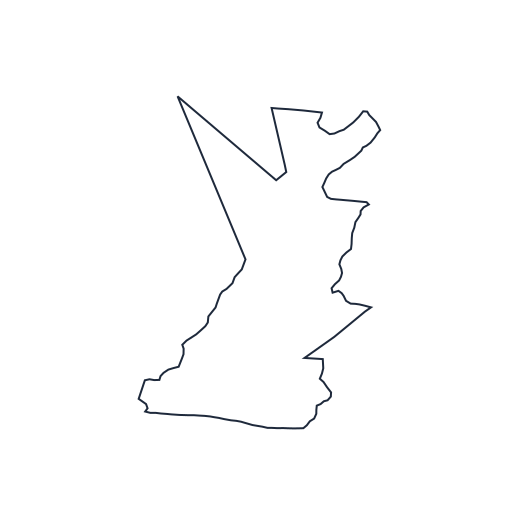 Jequiá da Praia, Alagoas, Brazil (Natural Earth projection), rotated 68°
{"feature_id": "56859067B64881112821563", "entity_name": "Jequiá da Praia", "entity_type": "district", "adm_level": 2, "iso_a3": "BRA", "parent_name": "Brazil", "parent_adm1": "Alagoas", "projection": "natural_earth1", "projection_center": [-36.086, -9.926], "detail": "fine", "context": "isolated", "style": "outline", "palette": "slate", "viewbox_px": 512, "rotation_deg": 68, "n_neighbors": 0, "source": "geoboundaries", "source_scale": "gbopen_adm2", "svg_char_len": 2196}
<svg xmlns="http://www.w3.org/2000/svg" viewBox="0 0 512 512"><g transform="rotate(68 256 256)"><path d="M78.6,268.9L255.2,267.0L258.6,270.1L263.1,274.2L265.2,278.7L267.6,283.7L272.4,288.0L275.5,295.7L276.3,300.6L278.3,303.7L285.5,310.2L288.6,312.8L294.2,322.8L299.6,325.6L302.1,329.3L304.3,335.2L306.3,340.9L308.4,352.1L310.7,357.6L314.8,357.8L319.9,360.0L323.1,362.9L329.7,369.2L329.0,374.5L328.5,379.8L329.7,385.5L331.6,389.5L334.7,392.0L332.9,396.9L330.4,400.9L329.6,405.6L344.5,418.3L352.1,413.4L356.6,413.6L358.7,417.0L361.8,412.8L364.0,407.5L366.4,403.2L369.1,397.7L371.1,393.9L372.7,390.6L374.7,386.5L376.4,382.6L378.3,378.3L380.4,373.1L382.7,368.4L385.1,363.3L387.6,358.6L389.7,355.3L392.2,351.1L395.3,346.6L399.0,340.7L401.4,336.1L404.0,332.0L406.3,329.1L408.8,325.9L411.4,322.6L413.3,319.5L416.6,314.1L419.6,309.8L421.2,305.9L423.7,300.5L425.7,295.3L427.7,290.9L429.9,285.8L431.5,281.7L433.4,276.6L432.0,272.3L429.4,268.0L428.5,263.0L424.9,259.2L421.3,257.7L417.5,255.7L417.5,251.6L416.1,247.5L416.6,243.7L414.4,239.3L410.6,237.5L404.2,239.3L398.1,240.6L393.7,242.8L389.7,238.9L385.3,235.7L376.6,232.7L368.7,249.2L360.3,213.7L356.1,200.3L348.4,175.9L346.7,168.6L343.0,173.5L339.6,178.3L337.6,181.8L335.6,186.1L331.3,189.3L325.7,189.7L322.5,190.5L319.2,192.6L318.7,198.7L314.2,198.0L311.7,193.4L309.8,188.1L307.1,185.0L304.0,182.6L300.0,181.8L294.9,181.8L291.6,179.3L288.8,176.1L286.6,170.8L285.1,165.3L280.7,162.9L275.3,160.5L270.8,158.2L266.6,154.3L261.8,151.1L259.0,146.8L256.6,143.5L253.5,142.1L251.2,138.0L250.5,132.1L247.5,133.3L245.3,137.6L241.2,145.4L237.4,152.9L235.6,156.4L233.7,160.2L231.1,165.1L227.9,167.9L216.9,168.6L213.8,165.3L210.4,161.9L207.6,158.0L206.3,153.9L206.1,149.8L205.7,145.2L203.4,140.2L202.2,132.9L201.0,127.3L199.3,122.8L197.8,118.9L195.4,116.3L195.2,112.4L193.8,107.3L190.5,101.4L187.7,97.5L185.8,93.7L182.4,93.9L176.7,94.5L171.1,96.8L167.8,98.2L163.8,98.8L162.0,102.4L165.5,108.5L168.6,115.8L171.8,127.3L171.5,131.8L171.8,137.4L170.6,142.1L165.7,145.2L160.6,149.0L155.5,149.0L152.0,144.5L147.7,141.1L138.8,157.6L131.9,171.2L127.6,180.2L124.6,186.1L182.3,195.2L189.5,196.5L193.3,208.9L78.6,268.9Z" fill="none" stroke="#1e293b" stroke-width="2"/></g></svg>